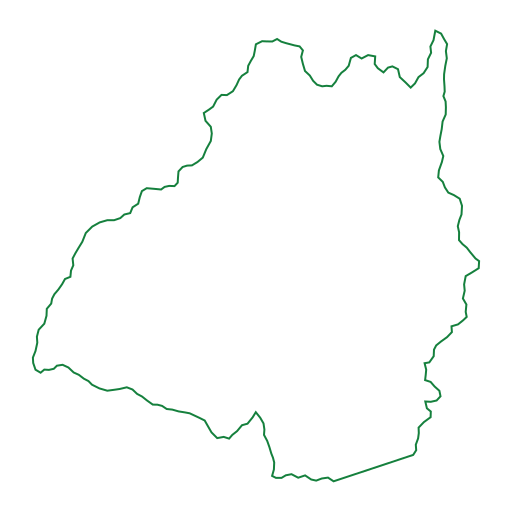 Anitápolis, Santa Catarina, Brazil (Albers equal-area conic projection)
{"feature_id": "56859067B93916704191286", "entity_name": "Anitápolis", "entity_type": "district", "adm_level": 2, "iso_a3": "BRA", "parent_name": "Brazil", "parent_adm1": "Santa Catarina", "projection": "albers", "projection_center": [-49.138, -27.872], "detail": "fine", "context": "isolated", "style": "outline", "palette": "green", "viewbox_px": 512, "rotation_deg": 0, "n_neighbors": 0, "source": "geoboundaries", "source_scale": "gbopen_adm2", "svg_char_len": 3160}
<svg xmlns="http://www.w3.org/2000/svg" viewBox="0 0 512 512"><path d="M444.5,86.4L444.0,79.2L444.1,74.2L445.3,65.8L446.8,58.3L445.9,51.1L447.1,44.1L444.1,39.1L441.1,33.6L435.3,30.7L433.5,40.2L430.4,46.5L431.1,52.8L427.9,59.3L427.6,67.0L423.6,73.2L418.5,77.1L415.0,83.4L410.7,87.6L405.5,82.4L399.8,77.1L398.0,69.2L392.4,66.4L388.0,67.6L383.5,72.4L377.8,68.2L374.7,64.0L375.2,56.4L368.1,55.1L361.6,58.5L356.0,55.1L350.9,57.9L348.7,65.8L345.3,69.8L341.4,72.8L338.6,76.3L335.6,81.8L331.8,86.3L326.6,85.8L322.2,86.3L317.0,84.7L313.1,80.8L309.8,75.5L305.0,71.0L302.9,63.9L301.2,56.9L302.9,50.4L299.6,46.4L294.5,45.4L290.4,44.3L286.2,43.2L281.3,41.7L277.1,39.0L272.3,41.5L266.5,41.4L262.1,41.2L255.9,44.3L254.7,51.2L253.7,56.1L250.9,60.8L248.2,65.8L247.5,72.1L241.9,75.8L239.1,79.5L236.5,85.2L232.9,91.2L226.9,95.1L221.5,94.9L216.7,99.6L213.1,106.6L209.0,109.6L203.8,113.0L205.5,120.8L210.8,126.8L211.8,133.5L210.8,141.0L206.3,149.1L202.8,157.6L197.5,162.0L191.9,165.4L187.1,165.6L182.6,167.0L178.5,171.4L178.0,177.5L177.7,182.7L174.5,186.1L169.2,185.9L164.6,186.9L161.1,189.5L154.9,188.9L146.7,188.2L141.9,191.1L139.8,197.1L138.2,203.7L132.6,207.3L130.2,213.1L124.3,214.5L120.3,218.1L114.1,220.2L107.3,220.2L99.7,222.4L92.2,226.6L85.8,233.0L82.3,241.8L78.6,247.8L75.4,253.2L72.6,258.5L73.3,265.3L71.0,270.6L70.4,276.8L65.0,279.0L62.1,284.2L58.4,289.5L54.4,294.2L52.1,298.6L51.2,303.6L46.8,308.8L46.5,315.8L44.3,323.7L38.7,329.7L36.9,336.7L37.3,342.7L35.5,351.0L32.9,357.6L33.2,363.0L35.5,369.7L40.6,372.7L44.3,369.6L48.9,369.9L53.8,368.8L56.9,365.7L62.6,364.8L68.4,367.5L73.7,372.5L78.8,374.8L83.9,378.7L88.5,381.1L92.0,384.7L99.4,388.4L107.3,390.7L114.1,389.8L119.6,389.0L126.8,387.3L132.5,389.5L137.1,393.9L142.0,396.5L146.9,400.4L152.8,404.6L157.5,404.7L162.1,405.9L166.7,409.0L172.3,409.6L178.6,411.4L184.9,412.4L189.7,413.3L194.6,415.6L199.5,417.9L204.7,420.5L208.0,426.3L211.5,432.4L217.2,438.1L223.7,436.9L229.1,438.6L232.3,434.9L237.1,431.1L242.0,425.2L247.5,423.7L252.6,417.4L255.8,412.2L260.2,417.7L263.5,423.4L264.4,429.5L264.0,434.9L267.2,440.9L269.4,447.1L271.3,453.5L273.0,457.8L274.2,462.5L273.9,469.5L272.1,475.9L276.0,477.9L281.5,477.9L285.8,475.3L291.5,474.2L298.2,477.7L305.1,475.4L311.2,479.5L316.2,480.6L321.8,478.5L328.0,477.6L333.6,481.3L413.2,454.9L416.2,450.2L415.8,444.7L418.1,438.4L418.8,433.1L418.6,427.6L423.9,422.1L430.6,417.2L430.8,411.5L426.9,408.3L425.3,401.5L430.8,401.8L436.6,400.5L440.5,396.3L439.4,390.8L434.6,386.5L430.6,381.9L425.1,380.1L425.7,375.1L426.2,369.7L424.6,363.2L429.3,362.4L433.7,356.2L434.0,349.6L436.2,345.4L441.0,341.5L447.1,337.1L451.9,332.1L451.5,326.3L458.0,324.4L463.1,320.3L466.7,316.9L465.7,311.9L466.4,304.5L462.9,298.5L464.7,290.7L464.1,284.4L465.7,276.1L471.7,272.6L478.7,268.2L479.1,261.1L475.5,258.5L470.0,251.9L466.8,247.7L462.5,244.1L459.0,240.1L459.1,232.3L457.8,226.2L459.4,219.9L461.5,214.5L462.0,205.8L459.7,198.7L453.9,195.1L448.3,192.6L444.9,187.4L442.8,181.9L438.2,177.4L438.9,170.4L441.9,162.0L443.3,156.0L440.3,149.1L439.4,141.8L440.4,135.9L441.7,129.2L442.6,121.5L445.7,114.5L445.9,107.3L445.6,101.5L443.4,96.1L444.7,91.6L444.5,86.4Z" fill="none" stroke="#15803d" stroke-width="2"/></svg>